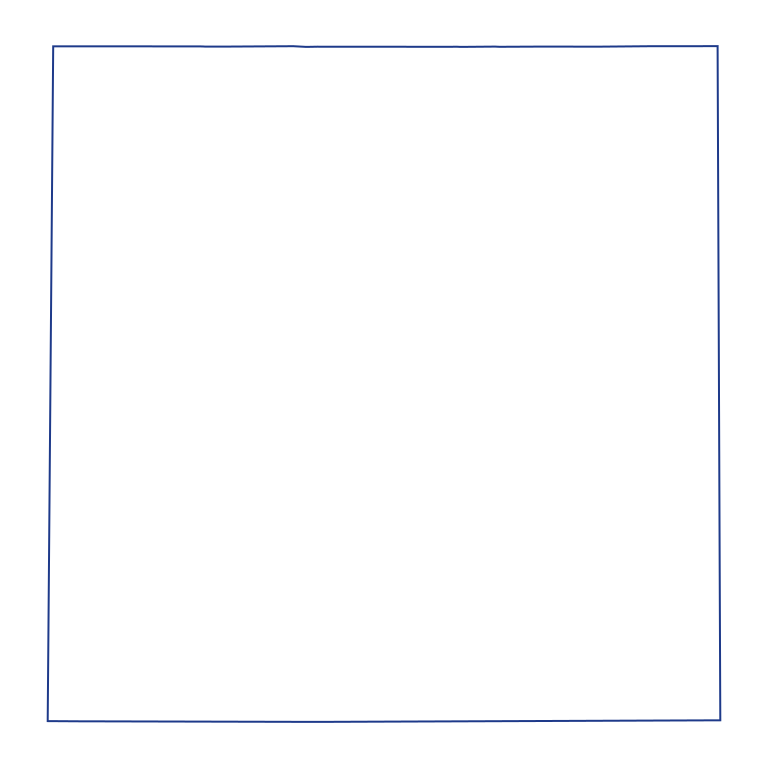 outline of Phillips, Kansas, United States of America
{"feature_id": "52423323B79305915428191", "entity_name": "Phillips", "entity_type": "district", "adm_level": 2, "iso_a3": "USA", "parent_name": "United States of America", "parent_adm1": "Kansas", "projection": "orthographic", "projection_center": [-99.306, 39.785], "detail": "fine", "context": "isolated", "style": "outline", "palette": "blue", "viewbox_px": 768, "rotation_deg": 0, "n_neighbors": 0, "source": "geoboundaries", "source_scale": "gbopen_adm2", "svg_char_len": 458}
<svg xmlns="http://www.w3.org/2000/svg" viewBox="0 0 768 768"><path d="M717.6,46.1L695.5,46.2L662.2,46.2L650.9,46.2L595.2,46.7L584.4,46.7L584.2,46.7L574.8,46.7L572.5,46.6L562.2,46.6L539.8,46.6L499.4,46.8L495.1,46.6L460.6,46.9L456.2,46.7L451.4,46.8L317.3,46.7L306.3,46.9L293.3,46.2L225.3,46.6L210.1,46.6L205.1,46.6L203.5,46.5L200.2,46.4L53.2,46.3L47.7,721.1L78.5,721.3L317.4,721.9L720.3,720.3L717.6,46.1Z" fill="none" stroke="#1e3a8a" stroke-width="2"/></svg>